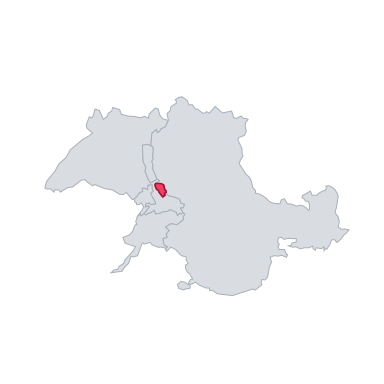 Bhutan shown with its bordering countries, rotated 56°
{"feature_id": "BTN", "entity_name": "Bhutan", "entity_type": "country or territory", "adm_level": 0, "iso_a3": "BTN", "parent_name": "Asia", "parent_adm1": "", "projection": "orthographic", "projection_center": [90.584, 27.506], "detail": "fine", "context": "with_neighbors", "style": "filled", "palette": "rose", "viewbox_px": 384, "rotation_deg": 56, "n_neighbors": 5, "source": "natural_earth", "source_scale": "50m", "svg_char_len": 6866}
<svg xmlns="http://www.w3.org/2000/svg" viewBox="0 0 384 384"><g transform="rotate(56 192 192)"><path d="M219.2,250.7L213.8,254.5L210.4,255.0L208.4,260.7L206.4,261.7L214.4,272.8L212.8,277.4L211.1,278.4L215.8,284.7L216.5,289.8L218.6,294.2L213.7,304.3L213.1,300.7L214.5,296.8L212.8,293.9L213.0,288.4L210.9,286.0L207.9,273.6L205.7,269.5L196.9,276.1L191.0,274.7L192.6,268.3L191.5,263.5L187.5,257.7L188.1,255.9L185.2,255.3L181.7,251.1L181.3,247.0L183.0,247.7L183.1,244.0L185.4,242.7L184.9,240.5L185.9,238.8L186.0,233.4L189.7,234.5L191.7,230.1L191.9,227.6L194.3,223.2L194.1,220.2L199.9,216.3L203.3,217.1L202.7,213.9L204.3,212.9L203.8,211.0L206.4,210.4L208.1,213.4L210.2,214.5L210.7,222.7L206.5,227.3L206.3,233.5L211.2,232.4L212.6,237.1L215.7,237.8L214.5,242.2L220.3,244.7L223.7,242.9L224.0,245.0L220.1,248.7L219.2,250.7Z" fill="#d9dde1" stroke="#a8b0b8" stroke-width="1"/><path d="M203.8,211.0L204.3,212.9L202.7,213.9L203.3,217.1L199.9,216.3L194.1,220.2L194.3,223.2L191.9,227.6L191.7,230.1L189.7,234.5L186.0,233.4L185.9,238.8L184.9,240.5L185.4,242.7L183.1,244.0L180.4,235.8L179.1,235.9L178.4,239.2L175.7,236.5L177.2,233.5L179.3,233.2L181.4,228.8L178.7,228.0L169.9,227.3L169.5,223.7L167.3,223.4L163.6,221.2L161.9,224.7L165.2,227.5L162.3,229.3L161.2,231.2L164.1,232.7L163.2,235.8L164.8,239.7L165.5,244.0L164.8,245.8L155.6,246.7L155.7,250.6L153.1,253.5L146.0,256.7L140.3,262.5L131.4,268.5L131.3,270.9L124.3,273.5L122.0,273.5L120.3,277.3L121.1,288.1L118.8,292.7L118.5,301.2L115.9,301.2L113.4,304.8L114.9,306.5L110.3,307.5L108.5,310.6L106.4,311.8L101.9,306.7L98.2,294.3L94.3,286.6L92.9,276.9L89.0,269.4L87.2,252.5L87.9,246.3L87.5,241.4L80.4,243.4L77.3,242.3L72.2,235.0L74.6,233.6L73.6,231.3L69.0,226.0L72.5,223.2L82.2,224.9L82.0,220.3L79.9,217.3L80.0,213.3L77.5,210.5L83.2,205.9L88.1,207.1L93.5,202.4L97.0,197.6L101.9,193.0L102.4,189.3L106.4,186.8L103.4,183.9L101.8,175.5L104.1,173.6L110.2,175.7L114.9,175.4L119.5,171.6L123.2,178.0L122.3,182.2L123.7,185.0L123.3,187.6L120.3,186.6L120.9,192.4L130.6,200.2L127.6,202.3L125.5,207.0L139.5,215.5L145.7,216.5L148.3,219.2L157.4,221.3L161.3,221.3L161.7,213.7L164.5,212.6L164.9,217.8L169.1,219.8L172.0,219.0L179.7,219.2L180.0,216.0L178.1,214.3L181.8,213.6L185.9,209.7L191.0,206.2L194.9,207.4L198.0,205.0L200.3,208.2L198.9,210.4L203.8,211.0Z" fill="#d9dde1" stroke="#a8b0b8" stroke-width="1"/><path d="M183.1,244.0L183.0,247.7L181.3,247.0L181.7,251.1L179.0,243.3L177.0,240.3L172.6,240.1L173.0,242.3L171.5,245.1L169.5,244.1L168.7,245.0L165.5,244.0L164.8,239.7L163.2,235.8L164.1,232.7L161.2,231.2L162.3,229.3L165.2,227.5L161.9,224.7L163.6,221.2L167.3,223.4L169.5,223.7L169.9,227.3L178.7,228.0L181.4,228.8L179.3,233.2L177.2,233.5L175.7,236.5L178.4,239.2L179.1,235.9L180.4,235.8L183.1,244.0Z" fill="#d9dde1" stroke="#a8b0b8" stroke-width="1"/><path d="M161.7,213.7L161.3,221.3L157.4,221.3L148.3,219.2L145.7,216.5L139.5,215.5L125.5,207.0L127.6,202.3L132.6,199.1L136.0,200.9L140.3,204.6L142.8,205.5L144.1,208.1L147.6,209.2L151.2,211.7L161.7,213.7Z" fill="#d9dde1" stroke="#a8b0b8" stroke-width="1"/><path d="M264.6,256.9L260.6,255.9L260.0,251.5L262.1,248.8L267.0,246.6L269.6,246.3L270.9,248.1L269.1,250.6L268.4,253.8L264.6,256.9ZM133.5,137.8L133.6,134.9L136.3,133.8L134.1,124.9L143.5,122.5L147.0,113.9L153.8,115.9L155.9,113.8L156.4,108.9L159.3,108.5L162.1,105.4L163.4,105.0L164.2,108.4L167.0,111.1L171.9,112.9L174.4,116.9L173.0,122.6L174.3,124.8L183.6,126.2L188.2,129.1L190.6,129.6L192.6,134.1L195.0,137.0L207.1,137.3L212.0,136.2L215.8,136.6L221.8,139.1L226.4,138.6L228.3,140.0L232.2,136.8L237.8,134.2L243.2,133.2L247.0,130.8L251.0,125.7L248.4,122.5L249.3,119.1L255.2,119.5L257.7,116.2L262.2,113.3L263.5,109.6L265.3,107.8L269.6,106.0L272.3,105.9L272.0,104.2L267.9,101.6L264.9,100.7L263.1,103.0L259.8,103.0L258.2,104.0L256.7,102.2L257.4,93.3L261.7,94.2L264.7,90.2L263.8,88.2L264.3,82.8L265.2,80.9L264.0,78.5L262.0,77.8L263.2,75.0L266.2,73.3L269.6,72.2L274.1,72.3L277.2,73.1L285.7,81.0L289.0,85.0L294.4,84.7L299.3,86.7L302.7,90.4L306.7,88.8L307.9,86.1L311.3,83.0L312.4,87.5L312.4,89.6L314.3,94.8L315.0,100.0L311.2,100.5L309.7,103.1L312.5,106.7L314.8,112.3L313.4,113.0L314.6,115.4L311.3,113.3L311.4,116.4L307.7,120.1L309.3,122.4L306.5,123.2L304.4,122.2L303.6,126.3L301.1,130.0L299.7,133.9L295.5,136.7L293.8,139.7L290.6,142.1L291.6,139.3L290.2,137.6L291.8,133.6L289.1,131.6L284.0,138.5L282.8,142.2L279.4,143.3L278.3,146.1L281.2,148.9L284.4,149.0L285.2,151.2L288.5,151.9L291.4,147.4L295.2,148.4L297.5,147.9L299.0,150.3L294.4,153.1L293.5,156.2L290.7,159.6L289.8,163.6L294.6,165.3L297.5,169.8L304.8,176.9L305.7,180.7L303.7,182.7L305.4,185.1L308.0,186.0L308.6,194.6L306.5,195.6L300.5,216.4L290.4,228.1L285.6,229.7L283.3,232.5L281.5,231.2L279.3,234.2L273.5,237.9L268.8,239.5L267.9,245.2L265.4,245.9L263.7,242.4L264.6,240.2L258.2,239.6L256.2,240.7L251.4,240.0L248.9,238.3L249.3,235.2L245.0,234.8L242.6,233.1L238.9,236.4L230.7,237.8L225.9,240.3L227.0,246.1L224.5,246.2L223.7,242.9L220.3,244.7L214.5,242.2L215.7,237.8L212.6,237.1L211.2,232.4L206.3,233.5L206.5,227.3L210.7,222.7L210.2,214.5L208.1,213.4L206.4,210.4L203.8,211.0L198.9,210.4L200.3,208.2L198.0,205.0L194.9,207.4L191.0,206.2L185.9,209.7L181.8,213.6L178.1,214.3L176.1,212.9L170.4,211.6L167.9,212.9L164.8,216.7L164.5,212.6L161.7,213.7L151.2,211.7L147.6,209.2L144.1,208.1L142.8,205.5L140.3,204.6L136.0,200.9L132.6,199.1L130.6,200.2L120.9,192.4L120.3,186.6L123.3,187.6L123.7,185.0L122.3,182.2L123.2,178.0L119.5,171.6L113.0,168.8L112.4,164.7L109.8,162.0L109.4,160.4L109.7,155.5L107.6,154.0L106.2,154.4L106.1,149.6L107.4,148.6L107.1,147.3L111.2,145.5L114.0,144.8L117.9,146.0L119.9,142.9L124.9,142.9L126.5,141.0L132.9,138.9L133.5,137.8Z" fill="#d9dde1" stroke="#a8b0b8" stroke-width="1"/><path d="M177.8,214.4L177.8,214.5L177.7,214.8L177.6,215.2L177.7,215.4L178.0,215.8L178.3,216.0L178.8,216.0L179.3,215.9L179.5,216.0L179.7,216.4L179.9,216.8L179.7,217.2L179.6,217.6L179.5,217.8L179.7,218.1L179.9,218.4L179.9,218.8L179.8,219.0L179.6,219.1L179.3,219.0L179.1,219.0L178.8,219.1L178.4,219.2L178.0,219.4L177.3,219.3L177.0,219.0L176.9,219.0L176.3,219.4L175.6,219.4L174.3,219.5L173.7,219.5L173.2,219.5L172.9,219.4L172.4,219.1L171.9,218.9L171.4,219.1L171.2,219.1L170.9,219.6L170.0,219.8L169.2,219.9L168.9,219.8L168.5,219.8L168.5,219.7L168.4,219.5L168.2,219.4L167.9,219.4L167.4,219.2L167.2,219.1L166.3,219.3L165.8,219.0L165.3,218.7L165.0,218.5L164.9,218.0L164.8,217.8L164.6,217.6L164.5,217.4L164.6,217.2L165.1,216.8L165.2,216.7L165.5,215.9L165.8,215.6L166.2,215.2L166.4,214.6L167.0,214.0L167.5,213.3L167.9,212.8L168.2,212.6L168.7,212.3L169.2,212.2L169.5,211.8L169.9,211.6L170.2,211.5L170.8,211.6L171.3,211.7L171.9,211.9L172.0,212.0L171.9,212.3L171.9,212.5L172.5,212.8L173.2,212.7L173.6,212.8L174.5,213.0L175.0,213.3L175.3,213.3L175.6,213.0L175.9,212.8L176.2,212.7L176.3,212.8L176.6,213.0L177.2,213.2L177.7,213.4L177.9,213.5L177.8,214.2L177.8,214.4Z" fill="#f43f5e" stroke="#9f1239" stroke-width="1.5"/></g></svg>